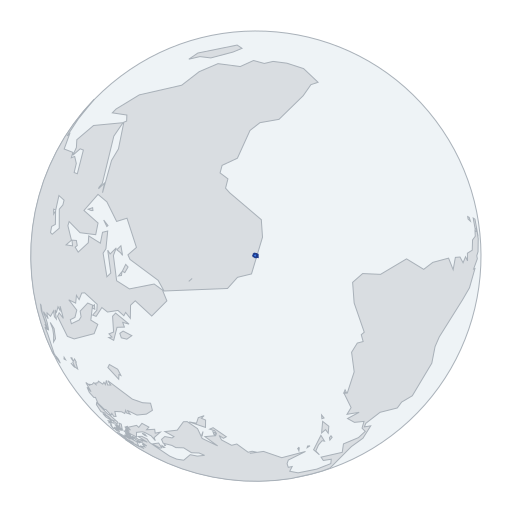 globe centered on Boke, rotated 233°
{"feature_id": "GIN-5629", "entity_name": "Boke", "entity_type": "Prefecture", "adm_level": 1, "iso_a3": "GIN", "parent_name": "Guinea", "parent_adm1": "", "projection": "orthographic", "projection_center": [-14.564, 11.071], "detail": "fine", "context": "on_globe", "style": "filled", "palette": "blue", "viewbox_px": 512, "rotation_deg": 233, "n_neighbors": 0, "source": "natural_earth", "source_scale": "10m", "svg_char_len": 9674}
<svg xmlns="http://www.w3.org/2000/svg" viewBox="0 0 512 512"><g transform="rotate(233 256 256)"><circle cx="256" cy="256" r="225" fill="#eef3f6" stroke="#a8b0b8"/><path d="M187.1,41.5L187.0,41.8L169.6,50.7L174.2,49.1L170.4,52.4L174.3,52.1L170.0,54.5L176.8,52.3L180.0,50.2L184.1,48.7L186.7,48.5L181.6,51.3L179.6,51.8L179.4,52.6L175.8,54.2L179.1,53.3L172.6,57.2L182.8,53.3L180.7,56.3L175.4,58.9L171.2,58.7L148.2,66.6L141.5,70.4L136.4,75.4L136.9,83.9L131.5,88.7L127.7,95.0L132.9,92.0L137.7,86.1L146.3,82.8L151.2,76.7L155.4,74.8L162.3,69.2L166.4,70.2L166.7,74.5L161.2,79.5L161.1,81.8L170.6,77.6L164.3,88.3L167.3,98.3L165.1,101.4L153.3,105.4L142.7,103.2L127.4,111.1L142.5,106.5L136.8,115.6L138.0,117.6L141.4,117.8L145.6,114.8L144.7,118.4L129.5,123.5L130.0,120.3L134.8,118.5L129.8,117.8L119.5,122.6L117.4,127.5L104.0,131.6L102.4,135.4L98.5,138.8L102.1,132.3L95.4,144.4L79.4,155.2L70.1,177.9L73.6,159.0L71.4,155.8L67.8,154.6L66.1,158.2L63.8,153.4L57.5,159.1L49.2,176.3L45.2,190.8L48.4,193.8L52.2,186.7L56.2,186.9L47.3,206.7L53.3,212.8L49.3,228.5L50.2,237.7L54.7,237.1L58.9,242.7L63.9,234.5L71.1,231.3L69.1,244.3L74.8,233.4L77.7,240.7L93.3,243.7L91.6,246.4L104.4,264.7L121.6,274.4L125.5,284.5L123.2,290.1L129.8,292.7L130.0,296.6L159.4,306.1L176.8,317.3L177.8,330.6L166.4,344.4L163.1,374.5L144.4,381.9L144.5,393.4L138.4,408.5L126.4,405.2L134.9,414.4L132.4,418.3L126.0,417.3L129.3,422.9L124.8,422.0L131.0,426.5L130.5,432.2L138.5,438.6L139.8,443.0L145.3,446.7L143.3,446.1L143.0,446.8L145.2,448.6L136.1,443.9L125.8,435.9L123.4,432.5L120.6,431.1L114.6,421.9L114.2,423.3L102.1,407.3L96.7,394.5L81.1,353.7L75.9,344.5L64.6,331.9L50.3,296.7L51.7,284.4L49.6,277.4L56.5,261.0L56.3,243.0L54.3,239.7L51.3,245.4L46.1,231.7L46.4,217.5L42.1,187.4L44.3,179.9L48.4,169.4L57.3,149.8L65.2,136.2L74.1,123.1L83.8,110.7L94.4,99.1L105.7,88.2L117.8,78.1L130.6,68.8L144.0,60.5L157.9,53.2L172.3,46.8L187.1,41.5ZM66.6,185.4L73.7,199.9L66.9,199.3L68.7,197.6L67.5,192.2L64.3,186.4L59.1,187.0L66.6,185.4ZM76.1,174.5L74.6,173.0L76.4,173.5L76.1,174.5ZM159.6,69.1L160.9,69.1L158.9,70.1L159.6,69.1ZM161.3,66.8L158.1,67.9L158.5,67.0L160.4,66.3L161.3,66.8ZM165.2,65.7L159.5,65.3L160.2,63.8L168.3,60.1L165.2,65.7ZM179.9,49.7L176.6,51.8L177.0,50.3L179.9,49.7ZM179.2,49.1L174.5,47.8L180.7,45.0L181.0,45.8L187.1,42.8L192.4,41.9L190.3,43.4L185.2,45.3L191.1,43.7L179.2,49.1ZM185.8,48.0L184.3,47.8L189.5,45.2L193.5,45.2L190.5,46.0L185.8,48.0ZM186.1,42.6L190.7,41.0L196.3,39.8L198.8,39.1L193.1,41.7L186.1,42.6ZM190.6,46.5L195.4,45.4L195.2,46.6L187.6,48.1L190.6,46.5ZM189.2,44.7L191.9,43.6L191.7,44.1L189.2,44.7ZM197.4,50.8L195.5,50.2L198.1,48.7L197.4,50.8ZM197.1,44.9L197.2,44.6L198.0,44.0L201.0,43.6L197.1,44.9ZM197.4,40.9L198.8,40.9L200.0,39.7L204.3,39.1L199.7,41.1L203.4,40.0L204.7,39.9L199.5,41.8L197.4,40.9ZM206.4,41.7L202.0,44.7L205.0,46.0L202.8,47.2L198.4,45.0L206.4,41.7ZM202.8,41.5L204.5,41.9L200.9,43.0L197.5,43.5L202.8,41.5ZM208.8,38.2L203.5,38.5L204.7,38.1L208.8,38.2ZM208.0,41.8L209.0,41.2L208.6,41.8L208.0,41.8ZM209.3,38.9L207.3,39.0L208.7,38.5L209.3,38.9ZM212.8,39.9L211.3,40.8L209.0,41.0L212.8,39.9ZM211.8,39.3L214.2,38.6L209.0,40.6L210.6,39.4L211.8,39.3ZM211.0,38.5L211.2,38.2L211.7,38.5L211.0,38.5ZM222.5,38.9L216.5,41.3L211.3,41.7L217.9,39.2L222.5,38.9ZM153.6,453.0L138.0,445.2L145.7,449.0L145.3,447.1L155.6,452.3L153.6,453.0ZM154.8,448.2L157.8,447.6L160.1,448.8L158.6,449.5L154.8,448.2ZM478.6,221.1L472.4,196.5L465.6,177.5L465.7,180.7L456.9,167.2L449.0,172.1L445.6,167.6L444.6,171.1L438.1,168.2L432.1,161.0L429.2,162.8L444.5,181.9L447.4,180.1L446.7,170.4L450.7,177.8L456.7,182.9L458.0,204.8L442.5,230.0L437.3,214.6L406.5,177.0L405.4,172.1L405.1,171.6L404.5,170.7L405.4,178.8L398.9,171.5L419.3,198.2L424.3,210.6L442.4,231.0L441.6,233.9L446.3,237.7L456.8,227.4L457.6,232.7L454.9,259.8L437.1,299.5L437.4,321.6L432.5,341.4L416.8,357.4L413.6,371.7L404.8,378.5L401.1,386.8L391.4,396.7L377.0,406.8L357.4,410.1L359.8,403.0L355.6,390.1L351.3,356.6L360.1,339.4L359.9,326.8L345.3,300.0L348.8,283.5L344.0,277.3L334.5,280.0L328.5,272.5L322.4,273.0L281.8,282.1L267.1,272.5L244.4,241.6L250.1,228.4L247.2,213.7L283.4,161.5L295.5,163.2L329.1,153.3L334.0,154.4L334.8,165.7L363.8,175.7L367.5,165.5L389.0,169.5L400.3,166.9L395.9,146.0L377.4,149.7L369.5,140.8L380.5,129.5L396.0,127.5L393.4,124.0L379.7,118.1L379.2,111.0L374.5,115.6L379.4,118.6L376.5,121.9L371.9,119.5L371.9,116.9L366.1,116.3L367.5,130.0L372.7,134.5L359.9,139.4L367.3,147.7L365.2,152.6L352.1,140.5L350.3,135.6L329.1,124.4L329.8,129.8L349.9,141.1L345.4,140.7L346.6,149.3L342.2,142.4L320.1,129.8L305.9,135.1L294.9,157.8L285.1,160.8L273.8,157.8L270.8,136.6L292.9,132.6L292.2,126.2L281.8,118.1L289.4,117.9L287.8,114.5L295.6,113.0L300.6,103.7L307.6,101.9L304.0,92.0L307.1,90.0L308.4,96.2L313.0,100.1L329.7,97.0L331.3,94.5L327.6,88.5L332.6,88.9L326.9,83.6L333.7,80.1L320.6,80.3L315.9,74.4L316.9,69.4L313.0,67.8L311.3,76.2L312.7,79.7L317.8,82.4L319.7,93.3L315.1,95.9L304.2,85.5L296.6,88.5L291.4,80.0L299.2,60.9L305.3,57.0L327.3,61.2L329.1,64.6L322.1,64.6L333.8,69.4L330.4,66.7L334.6,67.3L331.1,62.8L333.9,63.1L325.8,58.6L328.9,58.5L334.0,61.3L331.5,55.6L336.3,54.9L334.4,53.5L331.0,52.3L339.4,52.8L337.7,51.9L334.2,51.2L328.4,49.1L321.4,45.7L324.7,46.1L327.7,47.3L338.9,50.9L346.2,54.8L346.9,54.7L341.3,51.5L327.6,47.0L322.5,44.9L328.8,46.5L326.1,45.8L324.6,44.9L326.2,44.6L319.2,42.8L298.0,35.5L299.0,35.0L306.9,36.7L301.2,35.3L316.8,39.1L332.1,44.0L347.0,49.9L361.5,56.9L375.4,65.0L388.7,74.0L401.4,83.9L413.3,94.7L424.4,106.3L434.6,118.7L444.0,131.8L452.3,145.5L459.7,159.8L466.1,174.6L471.3,189.8L475.5,205.3L478.6,221.1ZM276.2,187.0L276.5,191.5L276.2,187.0ZM416.1,136.3L422.9,135.0L413.3,123.8L415.2,122.6L411.2,119.6L412.6,123.1L402.0,114.8L402.6,110.6L398.4,106.0L396.0,106.3L396.6,115.6L411.8,127.1L413.0,132.5L416.1,136.3ZM93.8,243.6L95.5,246.6L92.8,246.1L93.8,243.6ZM64.5,204.2L66.7,205.3L67.3,207.7L65.4,207.7L64.5,204.2ZM86.4,210.7L89.6,212.7L85.7,212.9L86.4,210.7ZM75.2,201.9L83.8,209.7L76.2,211.7L71.0,207.0L75.5,207.1L75.2,201.9ZM72.1,181.4L73.2,182.8L71.9,184.9L72.1,181.4ZM77.4,174.9L76.8,175.0L76.9,172.8L77.4,174.9ZM137.7,115.3L138.9,115.0L141.6,115.9L139.1,117.0L137.7,115.3ZM161.6,112.6L159.7,118.5L159.3,114.7L155.3,117.0L149.5,112.5L163.7,102.8L158.3,107.8L161.6,112.6ZM145.6,104.8L147.7,108.1L144.9,104.9L145.6,104.8ZM271.7,99.2L276.2,100.7L276.0,104.7L267.1,108.9L267.3,102.8L271.7,99.2ZM282.7,102.1L274.3,91.6L279.5,89.3L278.0,92.2L282.3,91.7L281.0,96.5L294.2,105.2L294.9,109.5L278.0,113.6L283.2,109.6L278.4,108.1L282.7,102.1ZM243.8,75.2L240.2,72.2L256.1,70.6L257.6,73.6L248.8,77.4L241.9,76.2L243.8,75.2ZM180.7,60.0L178.3,60.1L179.7,59.2L182.9,58.3L180.7,60.0ZM196.3,50.6L192.6,58.7L189.7,59.2L191.0,64.2L183.8,67.5L183.1,64.0L178.6,70.8L175.2,68.9L172.9,73.6L172.3,65.3L169.1,64.5L175.5,64.0L182.2,60.9L184.1,59.3L187.1,54.4L183.4,51.7L189.4,48.7L194.7,47.4L196.5,47.6L192.0,49.3L197.7,48.3L192.5,51.0L196.3,50.6ZM252.9,42.1L246.9,42.6L257.4,44.0L252.3,45.5L253.9,45.6L252.1,47.6L252.5,50.3L249.5,50.8L251.0,51.7L249.9,53.3L250.9,54.8L245.9,56.5L246.7,58.6L243.9,58.3L246.7,61.6L242.3,59.9L240.4,62.3L245.6,62.6L216.1,71.1L207.1,77.1L201.9,83.2L195.1,80.4L195.7,73.3L200.6,65.2L210.2,60.3L205.4,60.3L208.6,58.1L211.1,59.0L209.2,56.4L212.5,54.9L216.8,49.7L212.1,47.6L213.6,45.9L217.1,46.1L216.1,44.4L223.7,43.7L224.9,42.6L233.6,41.2L239.7,42.7L240.6,41.4L247.3,40.8L252.9,42.1ZM225.0,38.5L233.4,39.1L234.8,40.5L219.0,42.5L216.9,43.5L206.8,45.5L205.1,43.7L208.1,43.2L210.7,42.4L210.2,43.3L212.5,41.9L216.7,41.4L219.6,40.3L221.6,40.7L225.0,38.5ZM336.8,149.8L340.1,149.8L344.7,148.6L345.5,154.3L336.8,149.8ZM321.7,141.2L324.3,140.1L327.7,146.9L324.2,147.2L321.7,141.2ZM322.9,134.1L324.2,139.6L321.4,136.8L322.9,134.1ZM310.5,95.2L312.9,94.0L314.3,95.3L314.3,97.6L310.5,95.2ZM283.0,49.1L279.4,48.6L279.4,48.0L273.1,45.6L276.4,44.6L281.4,45.7L283.0,49.1ZM394.4,150.1L392.9,154.6L390.4,153.1L391.4,151.8L394.4,150.1ZM369.3,154.6L376.4,156.0L369.4,156.1L369.3,154.6ZM285.5,47.7L282.5,46.7L286.0,46.9L285.5,47.7ZM278.4,43.9L282.0,43.8L276.0,44.2L278.4,43.9ZM453.1,331.7L435.8,367.9L430.3,369.8L432.7,360.4L441.4,339.1L449.0,331.2L453.6,320.8L453.1,331.7ZM309.2,42.6L314.3,46.6L320.1,49.8L326.8,51.7L319.6,51.1L310.6,46.1L309.2,42.6ZM299.1,36.1L293.2,35.1L294.2,35.0L295.7,35.2L299.1,36.1ZM296.6,36.0L292.4,36.1L288.1,35.2L292.3,35.2L296.6,36.0ZM289.3,40.7L290.6,41.8L287.7,41.5L289.3,40.7Z" fill="#d9dde1" stroke="#a8b0b8" stroke-width="1"/><path d="M257.1,253.6L257.4,253.7L257.5,253.7L257.7,253.8L257.8,253.8L257.9,253.7L258.1,253.8L258.0,254.1L258.1,254.3L258.3,254.3L258.5,254.6L258.5,254.8L258.8,254.9L258.9,255.1L258.8,255.3L259.0,255.3L259.0,255.5L259.1,255.8L259.1,256.0L258.9,256.1L258.9,256.3L258.8,256.5L258.7,256.7L258.4,256.8L258.2,256.8L258.0,257.1L257.8,257.3L257.6,257.6L257.4,257.8L257.1,257.9L256.6,257.9L256.4,258.0L256.1,258.2L256.0,258.3L255.9,258.3L255.7,258.3L255.6,258.2L255.8,257.9L255.7,257.8L255.8,257.7L255.8,257.4L255.9,257.5L255.9,257.4L256.0,257.4L256.0,257.2L256.2,256.9L256.2,256.7L256.2,256.8L256.0,257.0L255.9,257.1L255.8,257.3L255.7,257.4L255.6,257.6L255.4,257.5L255.4,257.3L255.5,257.2L255.4,257.2L255.3,257.3L255.2,257.5L255.2,257.4L255.1,257.2L255.3,257.1L255.3,256.9L255.2,256.8L255.1,257.0L255.1,256.9L255.1,256.7L255.2,256.4L255.3,256.4L255.5,256.3L255.5,256.2L255.4,256.1L255.4,256.3L255.2,256.3L255.1,256.2L255.0,256.3L254.9,256.4L254.7,256.2L254.7,256.3L254.6,256.5L254.5,256.8L254.4,256.8L254.4,257.0L254.5,257.0L254.4,257.2L254.2,257.1L254.0,256.9L254.0,256.7L254.3,256.5L254.3,256.4L254.2,256.4L254.3,256.3L254.5,256.1L254.8,255.4L254.9,255.1L255.0,255.0L255.4,254.4L255.5,254.3L256.0,254.3L256.5,254.1L256.9,253.9L257.0,253.7L257.1,253.6Z" fill="#3b82f6" stroke="#1e3a8a" stroke-width="1.5"/></g></svg>